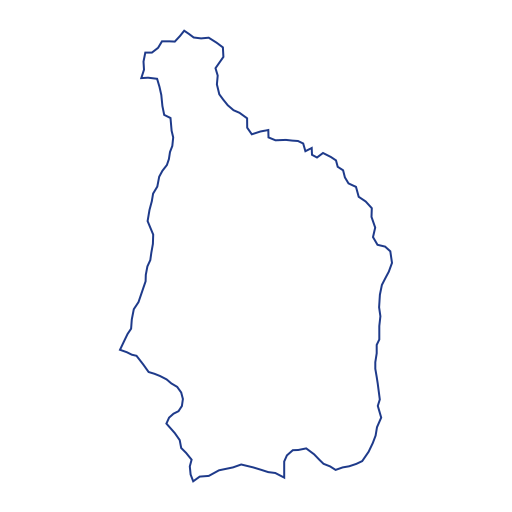 outline of Monte Castelo, São Paulo, Brazil
{"feature_id": "56859067B5016346842367", "entity_name": "Monte Castelo", "entity_type": "district", "adm_level": 2, "iso_a3": "BRA", "parent_name": "Brazil", "parent_adm1": "São Paulo", "projection": "equal_earth", "projection_center": [-51.577, -21.242], "detail": "fine", "context": "isolated", "style": "outline", "palette": "blue", "viewbox_px": 512, "rotation_deg": 0, "n_neighbors": 0, "source": "geoboundaries", "source_scale": "gbopen_adm2", "svg_char_len": 2103}
<svg xmlns="http://www.w3.org/2000/svg" viewBox="0 0 512 512"><path d="M371.8,208.2L365.7,201.5L358.7,196.8L356.0,186.9L348.5,183.4L344.9,177.4L343.1,170.3L337.7,166.8L336.0,160.4L330.9,157.0L323.0,153.0L317.0,157.5L312.0,154.8L311.7,148.0L305.4,151.2L303.2,143.5L298.0,141.0L292.2,140.6L285.9,139.9L275.5,140.3L268.5,137.4L268.3,130.0L260.4,131.5L251.8,134.3L247.2,127.7L247.1,118.3L239.5,112.8L233.5,110.2L227.7,105.2L223.2,99.6L219.3,94.3L216.9,84.4L217.7,75.6L215.5,68.2L219.2,62.9L223.4,56.9L222.9,47.4L216.6,42.7L208.7,37.7L201.1,38.4L193.7,37.5L188.9,33.9L184.2,30.7L180.0,36.0L174.8,41.6L168.9,41.3L162.0,41.3L158.1,47.8L151.9,52.6L145.3,52.6L143.5,61.6L144.0,69.7L141.3,78.1L148.1,77.7L157.1,78.8L159.5,86.9L161.3,95.0L162.4,106.0L164.2,114.9L170.5,118.0L171.6,130.7L173.2,137.4L172.3,146.0L170.0,152.0L168.9,159.1L166.9,165.0L162.4,170.8L159.2,176.7L157.3,186.6L153.1,193.6L151.8,201.3L149.5,209.9L147.6,221.1L153.2,234.6L152.9,243.9L151.3,252.9L150.3,260.1L147.4,266.4L145.8,274.8L145.6,281.3L142.7,289.8L138.5,302.1L133.8,309.2L131.8,319.4L131.1,328.7L127.6,333.9L123.7,342.0L120.0,349.8L126.8,352.2L131.8,354.7L136.5,355.8L143.4,364.7L148.6,372.0L154.5,373.8L160.0,376.0L166.6,379.4L171.3,383.4L177.2,386.9L181.2,392.5L182.9,399.0L181.9,406.0L178.5,411.2L173.5,413.7L169.1,417.6L166.4,423.6L174.8,433.1L179.7,440.1L181.2,448.0L186.1,452.9L191.6,459.7L189.8,466.4L190.6,474.5L193.2,481.3L199.7,476.6L208.8,475.9L219.0,470.3L233.0,467.4L241.2,464.5L253.2,467.4L261.4,469.9L268.2,472.1L275.3,473.0L284.2,477.6L284.2,461.5L286.9,455.4L292.8,450.2L298.2,450.0L306.2,448.4L314.1,454.3L319.3,459.7L323.5,463.8L330.1,466.4L335.6,469.9L342.7,467.4L349.1,466.3L356.3,463.9L362.2,461.1L368.6,451.8L372.8,443.0L375.6,435.6L377.0,427.2L381.2,417.6L377.8,405.9L379.8,399.5L378.8,391.8L377.7,383.4L376.7,377.0L375.3,368.8L375.3,362.2L376.7,353.3L376.7,344.9L379.3,339.5L379.3,326.0L380.4,316.3L379.1,307.3L379.9,294.7L381.9,284.9L385.6,277.7L388.8,271.7L392.0,262.9L390.3,251.3L385.1,246.6L377.5,244.8L373.0,237.1L375.2,227.6L371.5,216.9L371.8,208.2Z" fill="none" stroke="#1e3a8a" stroke-width="2"/></svg>